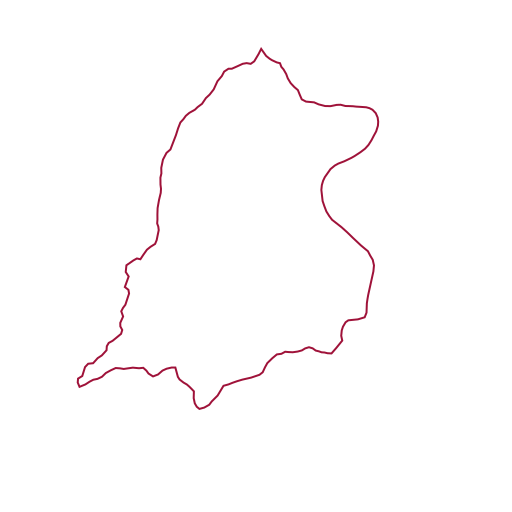 the district of Iacanga, São Paulo, Brazil, rotated 24°
{"feature_id": "56859067B95917259831804", "entity_name": "Iacanga", "entity_type": "district", "adm_level": 2, "iso_a3": "BRA", "parent_name": "Brazil", "parent_adm1": "São Paulo", "projection": "equal_earth", "projection_center": [-49.042, -21.9], "detail": "fine", "context": "isolated", "style": "outline", "palette": "rose", "viewbox_px": 512, "rotation_deg": 24, "n_neighbors": 0, "source": "geoboundaries", "source_scale": "gbopen_adm2", "svg_char_len": 2737}
<svg xmlns="http://www.w3.org/2000/svg" viewBox="0 0 512 512"><g transform="rotate(24 256 256)"><path d="M369.2,298.2L366.3,294.2L364.6,289.1L364.2,285.2L364.8,280.1L366.5,277.2L374.9,272.4L380.2,267.8L380.0,262.8L376.5,254.1L375.3,249.8L374.3,245.8L369.5,222.3L367.6,216.6L364.2,212.0L360.2,209.2L356.3,206.1L352.3,205.0L347.4,203.6L343.4,202.2L337.1,200.0L329.5,197.2L322.4,194.9L310.8,192.0L306.8,189.8L302.2,186.7L298.2,182.7L294.5,178.7L288.8,169.0L287.3,164.4L286.7,160.0L286.8,155.9L288.7,146.3L291.2,141.3L293.6,138.1L298.1,133.6L303.2,127.6L305.4,124.6L309.2,118.7L312.0,113.6L313.6,108.7L314.4,103.2L314.7,98.1L315.1,93.3L314.4,87.4L313.0,83.6L310.8,80.0L307.3,76.8L302.9,75.0L299.5,74.8L296.2,75.3L291.5,77.0L286.7,78.8L283.8,79.7L281.0,80.8L276.7,82.6L271.8,83.4L268.3,85.1L263.1,88.8L258.1,90.9L251.5,92.0L246.6,92.0L238.9,94.6L234.1,94.3L230.4,90.9L226.8,87.4L222.1,86.0L217.4,84.0L212.8,80.8L209.6,77.5L205.2,74.3L202.2,72.9L199.5,70.1L196.2,70.7L190.9,70.6L188.1,70.2L183.9,69.1L176.5,64.7L176.2,70.6L175.2,78.9L173.0,82.6L169.0,83.6L165.7,85.8L162.2,89.8L157.7,94.8L154.7,96.1L151.9,100.5L151.6,105.5L149.7,112.0L149.6,121.0L148.0,127.4L146.0,132.1L144.8,138.9L142.1,143.7L140.7,147.2L136.9,152.3L134.9,156.4L134.0,160.6L132.6,164.8L132.9,171.1L133.7,178.1L134.5,193.5L132.3,198.2L131.8,205.8L133.6,214.0L136.0,219.1L136.8,223.3L139.7,229.6L141.9,233.3L143.3,237.1L144.6,244.2L146.6,252.2L149.0,258.1L151.1,262.7L152.5,266.5L154.8,268.9L156.6,271.9L158.8,281.9L158.9,286.0L155.9,290.5L153.8,294.6L152.6,300.6L151.7,306.0L148.2,306.7L145.8,309.9L141.4,317.2L143.5,323.6L148.0,326.5L148.8,337.7L153.2,338.8L155.3,341.9L156.5,353.7L155.6,357.5L155.4,361.3L159.2,365.3L159.2,372.3L160.7,375.5L163.9,378.0L164.4,382.0L159.5,391.8L156.8,395.3L156.4,399.1L157.8,402.9L155.6,409.5L152.9,413.7L150.8,420.2L146.5,422.7L145.0,427.0L146.1,436.3L143.3,440.4L144.6,444.1L148.0,447.3L152.4,442.7L155.1,438.5L157.7,435.2L161.2,432.7L164.4,429.0L166.4,424.0L169.9,419.4L173.4,415.4L177.6,413.9L181.1,413.0L184.1,411.1L188.9,408.1L194.8,406.1L198.5,404.0L202.5,405.3L205.6,407.1L210.9,407.9L214.7,404.1L217.2,398.7L220.2,395.3L224.3,392.2L227.7,390.7L233.8,398.2L236.4,399.9L241.3,401.1L245.1,401.5L248.3,402.5L251.4,403.7L254.3,404.9L256.9,411.2L260.0,415.5L263.2,417.8L266.5,418.7L270.4,415.5L273.8,410.9L274.7,406.9L277.7,399.1L279.1,387.8L283.2,384.4L286.1,381.4L289.5,378.2L293.8,374.5L301.0,369.1L307.5,363.1L309.4,359.5L309.5,353.9L309.9,349.2L312.5,342.7L315.1,337.4L319.0,335.0L321.6,331.6L324.6,330.6L328.7,329.0L333.0,326.3L336.3,323.6L338.5,320.4L341.5,317.8L345.3,317.3L349.0,318.1L352.3,317.5L355.1,317.3L357.8,316.3L361.0,315.7L364.6,314.3L366.7,307.5L369.2,298.2Z" fill="none" stroke="#9f1239" stroke-width="2"/></g></svg>